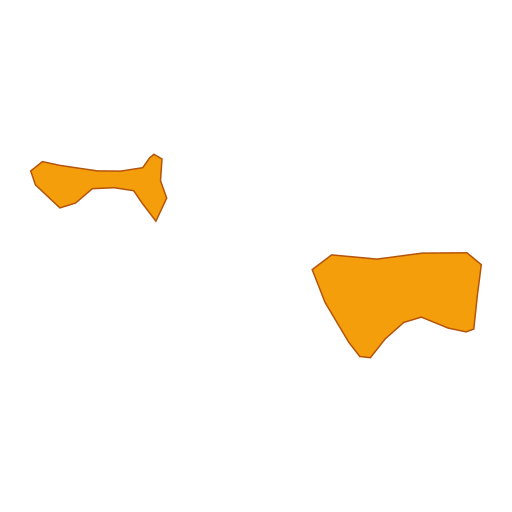 the district of Manu'a, American Samoa, United States of America
{"feature_id": "52423323B93715825211285", "entity_name": "Manu'a", "entity_type": "district", "adm_level": 2, "iso_a3": "USA", "parent_name": "United States of America", "parent_adm1": "American Samoa", "projection": "albers", "projection_center": [-169.56, -14.213], "detail": "fine", "context": "isolated", "style": "filled", "palette": "amber", "viewbox_px": 512, "rotation_deg": 0, "n_neighbors": 0, "source": "geoboundaries", "source_scale": "gbopen_adm2", "svg_char_len": 580}
<svg xmlns="http://www.w3.org/2000/svg" viewBox="0 0 512 512"><path d="M312.2,269.6L325.1,302.5L348.8,342.3L359.8,356.5L370.4,357.7L385.2,338.9L403.8,322.4L421.3,317.1L448.2,328.1L466.2,331.9L473.8,329.0L477.4,295.0L481.3,264.7L467.0,252.8L422.3,253.1L376.8,259.1L331.6,254.9L312.2,269.6ZM30.7,171.0L35.5,184.9L59.9,207.9L75.6,203.0L92.3,188.7L114.0,187.7L133.7,190.7L141.9,202.8L155.9,221.2L166.7,198.1L160.5,180.7L162.0,159.0L153.9,154.3L149.6,157.9L142.7,167.7L120.7,171.1L97.2,170.9L59.4,165.3L42.4,161.6L30.7,171.0Z" fill="#f59e0b" stroke="#b45309" stroke-width="1.5"/></svg>